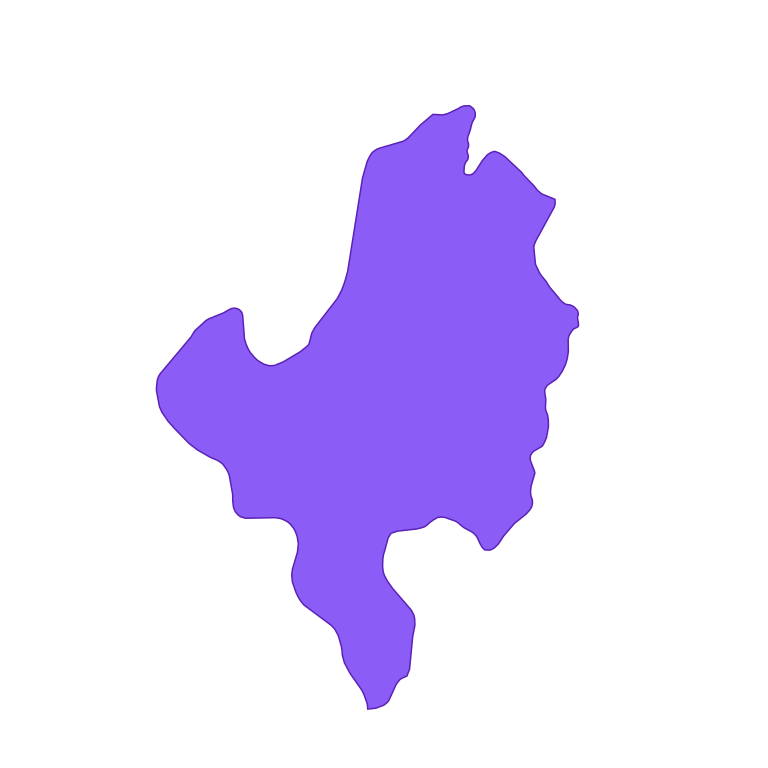 the border of San Martín, rotated 214°
{"feature_id": "PER-582", "entity_name": "San Martín", "entity_type": "Department", "adm_level": 1, "iso_a3": "PER", "parent_name": "Peru", "parent_adm1": "", "projection": "orthographic", "projection_center": [-76.762, -7.06], "detail": "fine", "context": "isolated", "style": "filled", "palette": "violet", "viewbox_px": 768, "rotation_deg": 214, "n_neighbors": 0, "source": "natural_earth", "source_scale": "10m", "svg_char_len": 3615}
<svg xmlns="http://www.w3.org/2000/svg" viewBox="0 0 768 768"><g transform="rotate(214 384 384)"><path d="M215.7,105.4L219.1,109.6L226.5,115.0L230.8,117.6L250.3,125.1L260.9,130.7L267.2,136.2L268.7,138.3L272.7,142.7L281.3,149.9L287.8,153.3L292.6,154.4L326.9,156.0L332.6,157.8L336.4,159.6L340.7,162.2L349.2,168.6L353.8,174.2L356.4,179.4L361.7,196.1L365.7,203.7L370.9,209.2L375.7,212.6L378.8,214.0L383.5,215.5L386.8,215.8L390.0,215.6L394.9,214.5L399.5,212.3L423.7,195.3L428.6,193.7L431.4,193.8L434.9,194.6L437.6,196.0L440.0,197.8L443.8,202.2L447.7,207.8L460.8,221.3L463.6,223.5L467.1,225.3L473.0,227.5L476.7,227.7L480.0,227.5L486.7,226.1L501.9,225.0L512.6,225.7L532.9,230.0L542.0,232.3L552.3,236.4L557.3,239.5L568.6,250.9L570.0,252.7L573.2,258.6L574.3,260.9L574.9,263.0L575.2,265.1L575.3,267.2L570.3,315.0L570.6,321.2L570.5,322.9L567.3,336.3L566.6,338.3L565.4,340.5L556.9,353.1L553.6,359.8L552.3,361.7L550.5,363.2L548.3,364.3L545.8,364.7L543.3,364.4L541.2,363.3L539.3,361.6L525.0,343.5L520.9,340.1L515.9,336.9L512.6,335.4L506.3,333.6L502.2,332.9L497.7,333.0L494.2,333.4L490.7,334.5L488.5,335.5L485.1,338.2L479.8,346.2L471.5,363.9L468.7,372.9L468.5,374.3L468.7,375.5L470.2,380.1L471.3,382.8L472.4,386.3L472.9,392.1L470.5,428.7L471.6,438.2L473.6,446.6L477.2,457.3L517.0,542.7L522.5,559.5L523.2,565.2L523.2,569.3L522.3,572.1L521.2,574.6L519.7,576.9L504.0,595.8L502.7,598.4L501.7,601.5L500.2,609.8L498.7,619.0L494.2,634.9L486.1,639.7L484.4,641.4L482.1,644.3L476.5,653.7L475.3,656.5L473.3,659.2L468.6,662.6L464.1,662.3L462.4,661.6L460.1,659.9L458.8,658.1L457.8,656.3L457.0,649.6L454.4,642.5L454.0,640.7L453.5,639.1L452.8,635.9L451.9,634.2L450.9,632.5L448.5,630.7L447.2,629.0L446.4,627.3L445.9,624.5L445.5,623.7L445.1,623.2L441.6,620.1L440.6,618.6L440.1,616.8L440.2,613.2L439.9,611.5L439.3,609.7L436.4,604.6L435.0,603.5L432.8,603.5L430.1,605.0L428.6,606.6L427.7,608.5L427.1,612.2L427.4,624.3L426.5,631.8L425.0,635.4L423.8,637.1L422.3,638.8L417.3,640.0L411.1,640.1L388.2,636.4L384.4,635.1L370.4,632.1L364.8,630.3L359.5,629.8L345.5,632.7L343.1,629.5L342.4,627.9L341.7,625.4L338.2,587.8L337.4,583.9L336.5,581.4L325.9,568.6L324.7,567.5L317.3,563.2L314.1,561.8L306.9,559.7L301.3,557.1L283.7,552.0L281.2,551.7L277.8,551.7L274.7,553.3L272.4,554.0L269.1,554.2L264.7,553.1L262.7,551.5L261.6,549.7L261.1,548.0L260.1,546.5L257.1,543.4L256.0,542.1L255.3,540.9L255.2,540.3L255.3,539.7L255.9,538.5L257.3,536.2L257.6,535.3L257.9,533.7L257.8,528.4L257.2,526.1L256.0,523.6L249.3,514.0L246.4,507.8L245.2,504.4L244.3,500.9L243.3,494.0L243.3,488.5L243.9,484.2L247.6,475.0L247.9,472.6L247.6,469.2L246.0,466.9L241.3,461.8L237.0,454.8L235.6,453.0L231.0,449.7L228.0,446.5L223.9,440.8L219.3,430.4L218.3,425.0L218.0,421.0L222.3,412.0L222.7,409.6L222.6,406.5L221.3,404.2L219.5,402.2L210.9,396.2L209.1,394.5L205.1,382.0L203.0,377.8L201.4,375.4L199.2,373.1L196.5,371.1L195.1,369.5L193.8,367.3L192.9,364.7L192.7,361.0L193.4,355.8L197.9,341.3L199.8,325.1L199.7,315.6L200.8,310.0L202.1,307.3L203.3,305.5L207.7,302.8L210.8,303.3L215.4,305.5L220.2,308.5L222.6,309.6L225.4,310.3L228.2,310.5L237.0,309.6L240.5,309.8L245.1,310.4L247.9,310.3L259.0,307.4L262.2,305.7L265.0,303.2L267.0,299.0L268.2,295.9L269.6,290.7L270.6,288.2L272.7,285.5L275.9,282.0L290.5,269.6L294.7,264.1L294.5,258.8L290.2,246.2L289.2,242.8L287.3,238.6L283.1,231.9L279.6,227.8L276.6,225.5L271.1,222.6L262.5,219.3L241.4,213.6L234.7,211.7L230.1,209.2L227.5,206.8L223.4,201.2L219.1,190.9L203.3,161.8L201.7,154.6L204.8,149.8L205.6,147.5L205.9,143.8L205.8,141.0L203.1,125.0L203.1,122.6L203.6,120.4L204.6,117.6L209.4,110.7L215.7,105.4Z" fill="#8b5cf6" stroke="#5b21b6" stroke-width="1.5"/></g></svg>